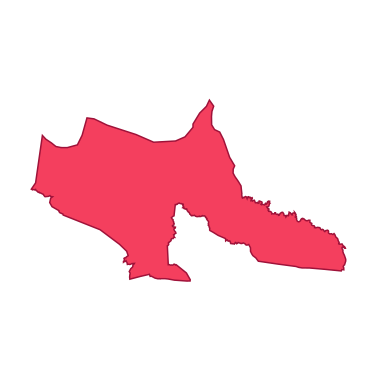 Biakoye, Volta, Ghana, rotated 96°
{"feature_id": "2480657B27736636353654", "entity_name": "Biakoye", "entity_type": "district", "adm_level": 2, "iso_a3": "GHA", "parent_name": "Ghana", "parent_adm1": "Volta", "projection": "orthographic", "projection_center": [0.354, 7.392], "detail": "fine", "context": "isolated", "style": "filled", "palette": "rose", "viewbox_px": 384, "rotation_deg": 96, "n_neighbors": 0, "source": "geoboundaries", "source_scale": "gbopen_adm2", "svg_char_len": 6042}
<svg xmlns="http://www.w3.org/2000/svg" viewBox="0 0 384 384"><g transform="rotate(96 192 192)"><path d="M254.9,35.3L254.4,35.2L253.4,34.7L253.5,32.9L251.4,33.2L251.0,33.6L250.1,33.8L248.9,33.2L248.6,32.7L244.6,31.9L242.8,32.1L238.9,33.9L237.2,35.0L235.3,35.8L234.0,35.8L232.9,36.7L231.8,37.0L231.2,36.8L231.0,36.3L231.1,35.5L232.0,34.2L231.9,33.6L231.1,34.0L230.3,34.8L229.9,35.7L228.7,36.9L228.0,37.3L228.5,39.7L228.2,40.7L227.6,40.7L227.2,40.3L226.6,40.5L225.2,41.5L223.5,42.1L222.8,42.7L221.7,44.3L219.4,45.5L218.5,46.4L219.6,47.4L218.9,49.0L219.3,50.4L218.6,51.9L218.1,52.1L216.7,52.1L216.1,52.5L215.8,53.3L216.5,55.1L217.5,55.7L217.4,56.1L215.8,57.5L215.5,58.4L216.0,59.3L215.7,60.1L214.5,60.8L214.1,61.2L214.0,63.4L214.7,65.3L214.6,66.4L213.8,66.2L212.8,67.1L212.8,68.3L212.4,69.5L211.7,69.8L210.7,69.6L209.9,71.6L207.8,71.8L207.8,72.9L208.6,74.5L208.5,75.8L207.7,77.1L207.0,77.9L207.2,79.1L206.2,78.5L206.6,78.9L207.0,80.1L207.9,80.8L209.2,81.1L210.3,82.3L210.5,82.9L210.3,83.7L209.8,84.4L208.3,85.2L207.0,85.2L206.1,86.6L205.5,85.7L204.5,86.4L203.6,86.2L202.9,86.8L202.4,86.9L201.5,87.8L202.6,87.5L202.1,88.4L202.5,89.5L203.4,90.3L204.2,89.9L204.2,90.5L202.4,92.0L201.9,93.3L202.8,93.3L204.4,93.6L205.2,93.5L205.6,93.8L205.3,95.1L207.0,96.0L205.7,96.5L205.8,97.9L203.9,98.6L202.7,99.7L203.0,100.9L204.1,102.1L206.0,102.9L206.2,103.5L205.4,103.6L205.1,104.2L205.1,104.8L205.3,105.0L205.4,105.7L204.7,106.6L203.9,106.8L204.0,107.5L205.0,107.6L205.3,109.0L205.1,109.9L205.3,110.3L204.7,110.3L203.4,111.4L203.2,111.8L203.2,113.7L202.3,113.7L202.2,114.2L201.2,113.7L200.7,113.8L200.6,114.2L200.9,114.6L199.0,116.1L198.5,114.3L196.2,113.8L195.1,113.9L194.9,113.4L194.1,114.3L194.0,113.9L193.1,113.8L193.0,114.8L193.7,115.8L194.0,115.9L194.7,115.9L195.9,116.5L196.5,117.0L196.3,117.5L195.5,117.2L195.4,117.5L195.8,118.0L197.0,118.2L197.3,118.7L196.8,120.8L197.4,121.3L197.3,121.9L197.0,122.2L195.9,121.3L195.2,121.2L194.6,121.5L193.9,123.9L194.0,124.4L194.2,124.5L195.9,124.2L196.4,125.1L195.5,126.0L196.0,126.6L196.1,127.8L193.7,129.1L194.0,130.1L194.7,130.9L194.3,131.6L194.5,132.5L193.6,132.4L192.6,131.4L191.6,131.4L191.3,131.7L191.9,132.5L192.0,133.3L191.2,133.5L191.1,134.5L191.5,134.8L190.8,135.3L190.9,135.7L191.3,136.2L192.9,136.5L191.2,137.5L190.9,138.2L191.1,138.7L192.3,139.7L192.0,140.4L192.8,141.0L192.6,141.4L189.6,142.3L188.7,142.2L180.8,143.9L176.6,147.1L172.2,150.9L168.9,153.1L164.9,153.4L161.5,152.3L153.6,158.2L136.5,166.2L129.5,170.7L127.6,176.1L123.1,179.5L114.9,180.5L109.8,180.6L104.4,179.4L98.8,184.3L105.3,186.6L112.7,192.6L124.3,198.1L127.6,197.8L137.9,204.7L143.0,213.7L146.5,235.3L140.7,253.7L134.4,283.4L129.5,297.1L129.3,304.2L147.1,307.2L157.1,310.9L160.9,320.7L161.5,326.8L161.0,332.1L157.9,336.9L154.8,342.8L151.4,346.7L199.3,348.5L206.0,352.1L206.5,350.8L206.1,350.6L206.2,349.7L206.1,349.2L206.4,348.6L205.8,347.8L206.8,347.2L207.1,346.7L207.3,346.1L208.2,345.2L208.3,344.9L208.1,344.1L208.6,343.9L208.8,343.6L208.7,342.9L209.9,339.6L210.6,339.2L210.8,338.9L211.9,338.0L212.0,337.4L211.3,334.2L210.4,332.9L211.1,332.3L211.2,331.9L211.3,330.2L212.9,331.9L217.4,332.4L221.2,329.7L224.5,322.3L225.3,322.3L226.4,321.3L227.4,318.1L228.4,317.7L239.1,279.5L251.6,258.6L257.7,250.8L262.0,248.8L263.5,250.6L264.3,250.9L264.6,252.2L265.0,252.6L265.4,252.7L266.1,252.2L267.3,252.1L268.1,252.9L268.9,252.8L268.6,252.5L268.2,251.4L267.3,250.4L268.1,250.0L268.8,249.3L270.8,248.7L270.4,247.3L270.6,246.4L270.4,245.6L269.5,244.4L269.0,241.8L269.5,242.0L270.5,243.1L272.1,243.1L272.9,243.3L274.7,244.9L277.7,246.1L279.1,245.1L280.2,245.0L281.0,245.2L282.4,245.1L282.9,245.2L285.2,244.7L281.4,234.7L278.3,225.7L280.3,224.8L280.0,223.4L280.2,223.1L281.5,219.8L281.9,216.6L281.5,215.6L281.8,214.7L281.5,214.2L281.0,209.8L281.0,206.6L281.5,200.3L281.1,188.0L280.7,184.6L279.4,184.6L273.1,189.1L266.0,200.1L266.4,200.9L265.8,201.4L265.6,202.3L266.4,203.1L266.8,203.9L266.8,204.7L266.7,205.0L267.0,205.8L266.6,207.0L266.8,208.0L248.1,210.9L247.7,210.3L246.7,209.7L245.1,210.2L244.5,209.8L244.5,209.5L244.1,209.4L243.8,208.9L242.6,207.8L241.9,207.7L241.5,207.9L240.7,207.5L240.3,206.8L240.4,206.1L240.3,205.9L239.2,205.4L238.9,205.1L238.9,204.6L238.1,205.3L237.3,205.3L236.4,205.8L235.9,205.0L235.3,204.7L234.7,203.7L233.6,204.1L232.5,205.3L231.1,206.1L230.1,205.8L229.6,204.9L228.7,204.8L228.6,205.8L228.8,206.0L228.8,206.3L228.6,207.1L228.0,207.3L228.2,207.5L227.9,207.9L227.4,207.9L226.7,206.6L225.1,206.5L225.0,206.9L223.4,207.2L222.6,207.9L221.6,207.9L220.7,209.1L219.7,209.8L218.0,208.2L217.6,207.4L206.3,207.3L206.3,206.8L206.1,206.6L206.1,206.0L205.6,205.7L205.6,205.2L204.9,204.8L204.3,203.6L204.8,202.5L204.6,201.5L205.1,200.6L204.8,199.9L205.0,199.6L205.4,199.4L205.9,199.8L206.4,199.6L206.6,199.3L207.0,199.3L207.2,199.0L207.8,199.2L208.0,198.8L208.4,199.2L208.4,198.8L208.8,198.8L208.8,198.5L209.3,198.1L209.2,197.8L209.7,197.0L209.6,196.5L209.7,196.2L209.4,196.1L209.4,195.5L210.5,195.1L211.4,194.5L211.8,193.8L212.3,193.6L212.6,192.7L214.3,191.8L214.5,191.2L215.4,190.5L215.7,189.9L215.7,189.5L215.3,189.2L215.3,188.1L214.9,187.2L215.7,186.0L216.0,184.5L215.8,183.2L215.3,182.2L215.6,182.0L215.4,181.2L215.5,180.7L214.4,179.2L214.8,178.7L214.6,178.0L214.4,177.8L214.4,177.0L214.9,176.5L215.0,176.0L215.6,176.0L216.5,174.7L216.9,174.4L217.2,174.7L218.2,174.0L219.6,172.5L220.7,172.3L221.8,172.5L222.4,172.1L223.3,172.4L224.0,171.6L225.0,171.2L225.3,170.9L225.7,171.0L226.5,170.5L227.9,170.5L228.4,170.2L229.7,167.1L232.4,161.5L234.8,153.8L237.1,153.4L235.9,152.2L236.1,151.8L237.1,150.9L236.7,149.4L236.9,149.1L237.5,149.0L237.9,148.5L238.9,148.3L239.3,147.9L239.2,146.9L239.3,145.6L239.1,144.8L239.3,144.4L237.6,143.6L237.7,143.0L238.5,142.6L238.8,142.1L238.4,141.8L238.1,141.2L237.5,141.0L237.4,140.6L238.1,138.1L237.9,137.8L238.1,137.1L237.3,135.7L237.9,133.9L238.8,133.2L239.1,131.8L238.3,130.1L241.4,128.0L244.9,127.6L247.3,126.1L248.9,124.8L250.9,121.6L253.9,118.8L254.7,99.4L255.2,80.7L255.8,78.1L256.0,74.6L255.3,67.5L255.0,51.7L254.9,35.3Z" fill="#f43f5e" stroke="#9f1239" stroke-width="1.5"/></g></svg>